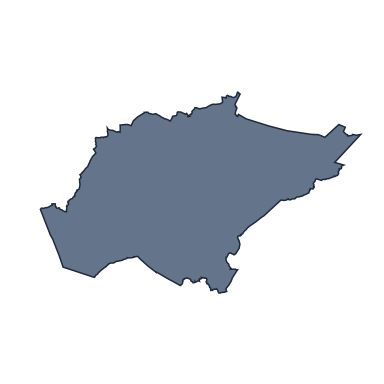 the district of Mazapil, Zacatecas, Mexico, rotated 113°
{"feature_id": "50627088B29003489227366", "entity_name": "Mazapil", "entity_type": "district", "adm_level": 2, "iso_a3": "MEX", "parent_name": "Mexico", "parent_adm1": "Zacatecas", "projection": "natural_earth1", "projection_center": [-101.902, 24.38], "detail": "fine", "context": "isolated", "style": "filled", "palette": "slate", "viewbox_px": 384, "rotation_deg": 113, "n_neighbors": 0, "source": "geoboundaries", "source_scale": "gbopen_adm2", "svg_char_len": 6005}
<svg xmlns="http://www.w3.org/2000/svg" viewBox="0 0 384 384"><g transform="rotate(113 192 192)"><path d="M245.9,119.7L246.3,120.5L246.5,120.5L246.1,120.9L246.1,121.9L246.4,122.2L246.5,122.9L246.8,123.7L248.2,126.5L247.0,126.3L246.7,127.4L245.2,129.3L244.3,129.8L243.8,130.4L243.5,131.7L242.7,132.8L240.7,134.5L239.1,135.0L239.2,134.6L234.0,134.1L233.6,133.3L232.9,132.6L233.1,131.4L233.4,130.8L233.1,129.8L233.4,128.8L233.0,128.7L232.0,127.7L225.4,126.6L221.4,127.5L218.0,130.0L217.8,130.8L217.2,131.1L216.2,132.2L215.4,132.6L213.9,131.7L213.6,131.1L213.7,130.6L213.2,130.2L212.8,130.4L212.5,129.9L211.9,130.4L210.9,129.2L209.9,128.9L209.2,129.1L208.2,128.6L207.1,128.3L205.8,127.6L202.9,126.8L202.3,126.3L201.7,126.2L194.5,121.6L188.9,118.6L185.6,116.4L164.7,107.0L163.7,103.8L162.7,102.2L161.6,101.2L161.3,101.2L161.3,100.7L160.8,100.7L161.1,99.1L160.5,98.1L158.9,96.7L158.4,95.1L157.7,94.4L157.3,94.2L156.9,94.3L155.7,93.6L155.1,92.7L154.9,91.9L152.3,88.6L151.1,87.9L150.0,86.5L147.1,84.1L145.7,84.3L144.7,84.1L144.6,84.5L144.0,84.6L143.4,84.1L142.7,84.4L142.0,81.9L140.6,81.5L139.8,82.1L139.6,81.5L139.2,81.7L138.8,82.2L137.4,82.9L137.2,83.4L136.4,83.8L133.8,82.9L132.9,83.1L131.4,83.0L130.8,78.6L130.9,78.3L130.6,77.2L129.4,76.7L128.9,75.8L128.7,74.8L127.5,73.2L127.1,73.0L126.1,70.9L124.8,70.1L124.2,69.2L122.7,67.8L122.8,67.8L122.7,67.6L121.9,67.6L121.8,66.3L121.1,66.0L120.2,64.9L119.5,64.4L117.5,64.3L116.3,65.2L115.5,65.4L114.7,64.8L113.1,65.7L112.9,65.6L113.1,65.0L112.7,64.2L112.1,63.7L111.5,63.9L111.0,63.8L110.0,64.6L109.5,64.4L107.9,62.8L109.0,72.2L73.1,59.2L75.8,63.3L75.7,64.2L76.3,66.7L77.3,66.7L79.6,70.5L78.5,71.3L78.8,72.2L77.3,76.2L72.5,76.2L72.5,83.2L89.7,91.0L89.8,97.9L92.4,105.0L98.4,128.2L101.2,147.0L103.5,170.7L102.4,179.6L103.6,179.6L104.6,179.4L104.7,180.5L104.3,180.6L103.4,182.7L101.5,183.2L97.0,183.5L96.6,185.2L95.9,185.0L94.8,186.7L83.0,186.0L82.9,187.1L82.2,188.1L82.4,189.1L86.2,188.8L87.1,189.1L88.5,190.2L88.8,190.8L89.1,192.0L88.9,193.3L89.0,194.1L89.2,194.8L89.6,195.4L89.1,196.6L89.2,197.1L90.3,197.8L92.2,197.4L92.3,199.0L93.0,201.4L97.5,198.8L100.1,200.8L100.2,201.2L102.2,204.7L102.7,206.4L103.4,207.5L105.4,209.5L108.8,211.9L111.2,215.8L112.4,217.2L112.6,218.6L112.8,219.0L112.6,220.5L113.3,222.3L114.2,222.1L114.9,222.3L116.5,223.1L118.0,223.5L119.2,222.8L119.7,222.9L120.7,223.4L120.9,223.3L121.0,223.7L123.0,224.7L123.1,223.7L124.2,224.7L124.2,225.4L123.0,225.4L122.8,226.2L121.7,227.6L123.0,228.3L122.8,229.1L122.9,231.6L122.7,233.1L123.6,235.9L124.1,236.6L124.7,236.7L126.2,236.1L127.9,236.4L129.9,239.5L130.9,239.4L131.3,239.1L135.3,239.8L134.9,242.2L135.0,244.9L135.4,245.8L135.0,247.0L135.1,248.1L135.0,249.4L134.4,251.9L134.4,253.8L134.0,255.4L134.4,256.5L135.2,257.5L136.0,258.8L136.1,260.8L136.5,262.7L135.8,263.9L137.3,267.0L137.6,266.7L144.1,271.4L149.4,273.8L154.7,273.9L155.0,277.6L155.6,279.1L158.5,284.4L161.2,283.0L165.2,281.6L165.2,283.2L165.8,284.1L166.3,284.2L166.2,288.6L166.4,289.8L166.8,290.4L167.1,292.4L167.2,293.2L166.2,294.9L167.9,293.9L169.4,293.6L170.8,292.4L172.4,291.6L174.1,291.8L174.8,292.5L174.9,293.1L175.2,293.3L175.6,294.1L176.2,294.6L176.2,294.9L176.5,294.9L176.7,296.3L177.3,297.4L178.0,297.7L179.4,301.7L180.4,301.9L180.9,301.4L183.4,300.5L184.5,299.3L185.7,299.3L187.1,297.8L189.5,298.3L191.0,299.4L192.3,297.4L193.8,295.7L198.8,297.6L199.8,297.4L200.7,297.8L201.9,297.7L203.2,298.0L205.1,297.8L206.4,298.0L209.2,297.9L212.4,299.3L213.3,299.3L215.5,300.1L216.3,300.2L216.8,300.4L216.8,300.7L217.4,300.8L217.7,300.6L219.9,301.9L220.1,301.4L221.7,299.9L224.0,300.4L224.2,300.6L229.2,297.9L233.4,297.0L234.3,297.7L235.3,298.7L235.5,298.8L235.8,298.5L235.9,298.2L236.2,298.1L237.0,298.3L237.8,299.0L240.7,298.8L241.1,298.4L241.3,298.5L241.3,298.3L241.8,298.3L243.0,299.3L244.4,299.5L245.1,299.9L246.0,301.0L246.8,301.3L247.5,301.8L248.0,301.7L248.6,302.0L248.9,302.5L249.6,302.4L250.3,301.8L250.5,301.9L250.5,301.4L251.3,301.0L251.9,300.9L252.7,301.1L253.3,301.5L254.1,301.6L253.9,301.8L254.6,301.8L254.9,301.3L255.9,300.8L257.2,300.7L259.2,299.8L259.6,301.5L259.8,301.5L259.6,303.9L259.2,304.9L259.6,306.7L258.6,307.6L258.5,308.1L258.7,308.6L259.5,309.4L259.7,309.9L259.7,310.4L259.1,311.5L258.8,311.3L258.4,312.1L256.3,313.4L257.7,316.3L258.9,315.5L259.1,316.0L259.4,316.3L262.1,318.3L262.7,318.9L263.4,320.2L263.5,320.2L263.9,321.1L264.8,321.8L265.3,322.7L265.4,323.7L265.9,324.5L266.8,324.6L267.2,324.8L286.9,305.6L289.8,301.8L302.5,289.4L311.5,281.3L308.8,248.7L308.1,248.3L307.5,248.5L307.1,248.1L306.2,248.0L304.4,246.8L303.3,246.7L300.2,245.4L296.1,243.2L294.4,242.0L293.0,241.6L291.4,240.7L291.2,240.8L290.9,240.5L290.5,240.5L288.9,238.6L288.2,236.8L287.0,235.6L286.1,235.1L285.3,234.4L284.6,233.1L282.1,229.5L281.4,229.1L279.8,227.4L279.4,226.8L279.0,226.5L278.7,226.0L277.7,226.0L277.5,224.6L276.4,222.6L276.2,222.0L275.1,220.4L274.2,219.4L274.1,219.7L272.5,216.9L274.1,213.1L277.3,203.7L280.1,193.2L279.6,193.2L281.5,178.3L281.8,173.8L282.7,166.5L282.7,166.3L281.2,165.4L280.5,165.2L279.7,165.1L278.4,165.5L277.7,165.4L277.3,165.9L276.8,166.1L275.6,165.2L275.3,165.1L275.3,165.3L274.8,165.4L274.5,165.1L274.2,164.3L273.5,163.5L273.1,163.4L272.9,160.1L273.4,158.7L274.2,158.3L274.5,156.9L274.4,156.6L275.1,155.7L274.9,155.0L273.9,153.8L273.1,154.2L273.3,153.8L273.1,153.0L271.8,152.0L271.6,151.5L271.1,151.3L271.0,151.0L271.1,150.4L270.6,150.8L270.0,150.8L269.3,151.4L268.9,151.0L268.8,150.3L268.3,149.7L267.7,149.4L267.0,150.0L266.6,147.7L266.3,147.0L266.3,146.6L266.1,146.6L266.2,146.1L266.0,145.9L265.9,145.2L266.1,144.6L266.7,144.1L268.2,143.8L269.0,144.0L269.3,143.5L270.1,143.0L270.0,142.2L270.6,142.1L270.4,141.4L271.5,139.5L273.0,138.4L273.2,137.3L274.1,136.6L274.9,136.6L275.3,136.3L274.6,135.1L274.5,134.6L273.9,134.7L273.0,133.8L272.5,132.7L271.6,131.8L271.9,131.7L272.1,130.2L274.1,128.5L274.5,127.8L274.2,127.2L273.8,126.3L273.0,125.6L271.5,122.8L270.8,122.4L270.0,121.2L267.9,123.0L263.0,121.7L258.6,121.1L255.1,121.3L245.9,119.7Z" fill="#64748b" stroke="#1e293b" stroke-width="1.5"/></g></svg>